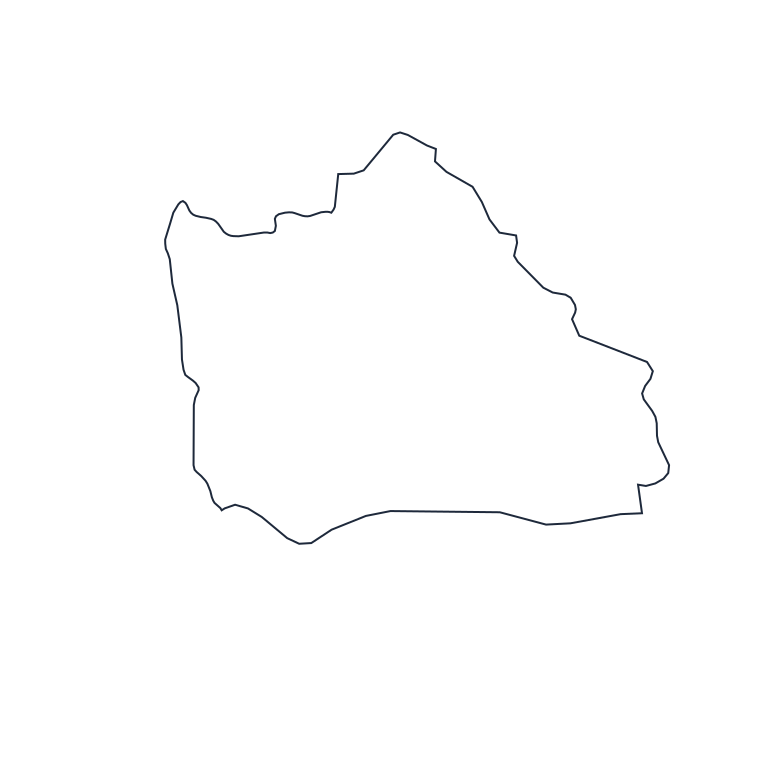 SVG path tracing the border of Chieti, rotated 136°
{"feature_id": "ITA-5421", "entity_name": "Chieti", "entity_type": "Province", "adm_level": 1, "iso_a3": "ITA", "parent_name": "Italy", "parent_adm1": "", "projection": "orthographic", "projection_center": [14.381, 42.106], "detail": "fine", "context": "isolated", "style": "outline", "palette": "slate", "viewbox_px": 768, "rotation_deg": 136, "n_neighbors": 0, "source": "natural_earth", "source_scale": "10m", "svg_char_len": 1822}
<svg xmlns="http://www.w3.org/2000/svg" viewBox="0 0 768 768"><g transform="rotate(136 384 384)"><path d="M288.2,111.8L304.2,126.0L346.7,154.3L365.1,170.3L389.8,211.3L467.6,288.1L488.7,301.7L522.9,315.6L546.8,320.1L556.0,328.0L560.7,340.3L564.3,373.3L568.3,389.0L575.0,400.6L585.0,405.2L588.5,405.9L587.9,408.4L588.5,416.2L587.9,418.7L586.5,422.1L583.3,427.6L580.3,435.0L579.6,438.3L579.4,444.7L579.9,450.9L579.8,453.9L577.4,457.9L535.4,501.0L529.4,505.2L521.6,508.3L519.7,510.4L518.8,515.6L519.1,519.2L520.2,525.5L520.6,528.6L518.3,533.5L512.3,542.0L497.5,558.2L478.0,584.2L466.5,603.2L451.4,622.6L448.7,628.2L447.1,632.7L443.9,636.9L441.1,639.9L426.6,647.9L416.5,653.6L407.1,656.1L403.9,656.2L401.6,655.3L401.0,652.3L401.5,649.6L403.5,644.0L403.9,641.1L403.6,638.3L402.6,635.8L399.8,631.4L396.6,627.3L393.7,622.9L392.5,620.4L392.0,617.7L392.0,614.4L393.5,604.8L393.1,601.8L392.3,599.2L391.1,596.9L389.5,594.9L385.9,591.2L365.2,576.4L362.7,574.0L361.0,571.6L358.8,570.2L356.2,569.9L351.9,572.9L347.8,578.6L345.2,579.7L341.7,579.2L336.2,576.0L333.1,573.5L330.8,571.1L329.5,568.9L325.8,561.7L324.3,559.6L322.5,557.7L320.4,556.2L309.9,551.2L306.2,548.3L304.9,547.0L303.9,545.7L302.9,543.8L299.1,544.5L296.3,545.6L271.2,566.7L271.1,566.8L259.6,556.3L250.2,551.8L204.2,556.9L197.7,553.8L193.9,546.7L187.4,525.7L183.4,517.0L192.7,508.7L191.7,493.2L183.3,464.3L187.2,446.9L193.8,429.1L195.8,412.7L185.8,399.1L190.2,393.1L201.4,385.8L202.9,379.0L202.5,342.6L199.1,332.6L191.4,322.2L189.8,316.3L191.7,308.2L194.1,304.5L196.9,302.6L203.7,300.0L210.0,283.1L179.5,217.1L181.7,206.5L188.8,202.6L197.5,201.2L204.9,197.9L207.8,192.5L209.8,178.3L211.6,171.8L215.1,166.3L223.6,157.1L227.2,151.6L235.3,127.6L241.4,122.5L248.7,121.7L257.9,124.0L266.4,128.7L271.2,135.1L288.2,111.8Z" fill="none" stroke="#1e293b" stroke-width="2"/></g></svg>